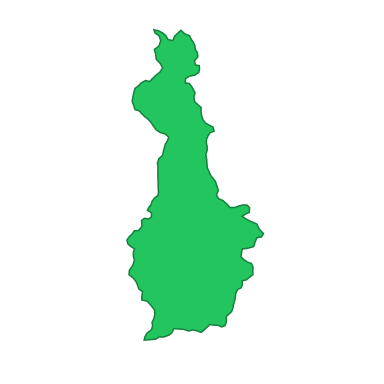 outline of Ressaquinha, Minas Gerais, Brazil, rotated 103°
{"feature_id": "56859067B79729307110792", "entity_name": "Ressaquinha", "entity_type": "district", "adm_level": 2, "iso_a3": "BRA", "parent_name": "Brazil", "parent_adm1": "Minas Gerais", "projection": "orthographic", "projection_center": [-43.769, -21.084], "detail": "fine", "context": "isolated", "style": "filled", "palette": "green", "viewbox_px": 384, "rotation_deg": 103, "n_neighbors": 0, "source": "geoboundaries", "source_scale": "gbopen_adm2", "svg_char_len": 2693}
<svg xmlns="http://www.w3.org/2000/svg" viewBox="0 0 384 384"><g transform="rotate(103 192 192)"><path d="M347.1,205.3L345.4,199.9L343.6,194.4L340.6,191.4L339.6,186.7L336.3,181.9L333.5,179.9L329.1,178.8L328.4,173.3L327.7,169.5L328.2,164.1L326.2,160.1L326.1,156.2L326.8,151.6L324.0,149.3L320.7,147.2L317.0,144.7L316.9,141.1L316.0,136.8L316.8,132.8L314.9,129.8L310.5,129.3L305.6,130.6L302.6,128.5L299.6,126.5L295.9,126.1L291.7,126.2L287.0,125.9L280.9,126.6L276.6,125.5L274.3,122.5L270.8,122.0L267.1,123.2L265.7,119.6L263.0,117.4L258.8,114.0L255.7,114.9L251.3,115.7L248.2,118.1L247.8,122.3L246.0,126.7L244.1,129.8L240.0,130.0L236.0,130.2L235.1,126.8L233.4,123.4L231.4,119.7L226.5,119.2L221.9,118.5L220.2,114.2L216.5,112.9L213.2,117.9L208.6,121.7L207.6,127.4L206.3,132.8L204.4,137.7L201.4,134.9L199.1,131.6L194.3,132.4L192.4,135.4L193.1,139.4L195.0,143.0L197.4,146.7L198.6,151.4L195.8,155.4L193.3,160.1L192.6,164.5L189.4,167.5L184.5,166.7L180.3,169.2L176.3,171.7L174.0,174.5L171.7,177.5L168.2,180.0L165.4,182.3L161.7,183.6L156.9,185.0L152.4,187.0L148.0,186.6L144.3,187.4L141.0,189.1L137.3,189.7L133.2,188.9L130.0,187.6L127.8,184.1L124.1,186.1L122.9,190.4L121.8,194.4L118.9,197.7L115.7,199.6L111.6,201.3L107.6,202.1L105.5,206.1L103.4,209.7L99.4,211.4L94.6,211.4L92.0,213.6L89.5,215.9L86.9,219.0L87.2,223.0L83.2,223.9L79.7,220.6L77.4,215.3L73.9,212.3L70.4,212.3L67.2,213.4L67.4,217.3L63.5,219.1L59.0,216.7L54.8,218.2L52.4,220.9L49.2,221.9L46.0,224.2L43.5,227.0L40.3,229.5L39.5,234.7L36.9,239.2L40.8,241.8L44.1,244.0L48.8,244.8L48.8,249.8L45.5,252.6L43.5,256.6L42.4,261.4L42.5,265.6L45.3,263.9L47.3,259.2L51.6,256.5L57.4,257.1L61.5,260.8L65.5,258.6L70.7,256.7L74.3,251.4L77.6,248.6L82.6,250.3L86.5,253.5L90.2,255.9L93.9,258.2L93.8,262.3L97.1,266.1L100.6,268.0L103.8,270.8L107.5,271.1L111.5,271.0L116.8,270.8L120.5,268.5L124.5,266.1L124.8,261.7L127.0,258.7L129.1,255.2L130.6,251.8L132.9,248.2L136.1,244.8L139.5,240.9L141.2,236.4L141.5,231.1L143.8,227.0L147.7,227.5L151.5,228.8L156.6,229.0L162.9,229.0L167.0,231.8L171.8,232.2L174.9,230.9L178.4,230.1L183.5,229.0L188.4,227.7L191.7,226.8L195.8,225.8L199.5,224.7L202.8,224.3L206.2,227.1L209.9,228.8L213.4,229.0L216.5,230.5L219.8,231.4L221.4,226.9L225.3,225.9L228.1,228.3L228.3,232.4L231.1,234.8L236.7,233.0L241.5,235.4L242.8,239.5L246.3,240.8L250.0,243.3L253.5,244.6L257.0,242.8L258.8,239.6L260.2,235.3L264.1,235.6L268.3,234.5L271.2,232.8L276.7,233.2L282.3,235.4L286.7,234.8L289.2,229.6L292.1,226.2L295.1,224.1L298.5,221.9L300.3,217.7L304.8,217.5L308.5,216.7L308.5,211.2L311.8,206.3L315.5,201.9L320.1,200.6L324.6,200.8L328.0,201.6L331.2,200.3L335.5,200.6L339.7,204.1L343.6,205.3L347.1,205.3Z" fill="#22c55e" stroke="#15803d" stroke-width="1.5"/></g></svg>